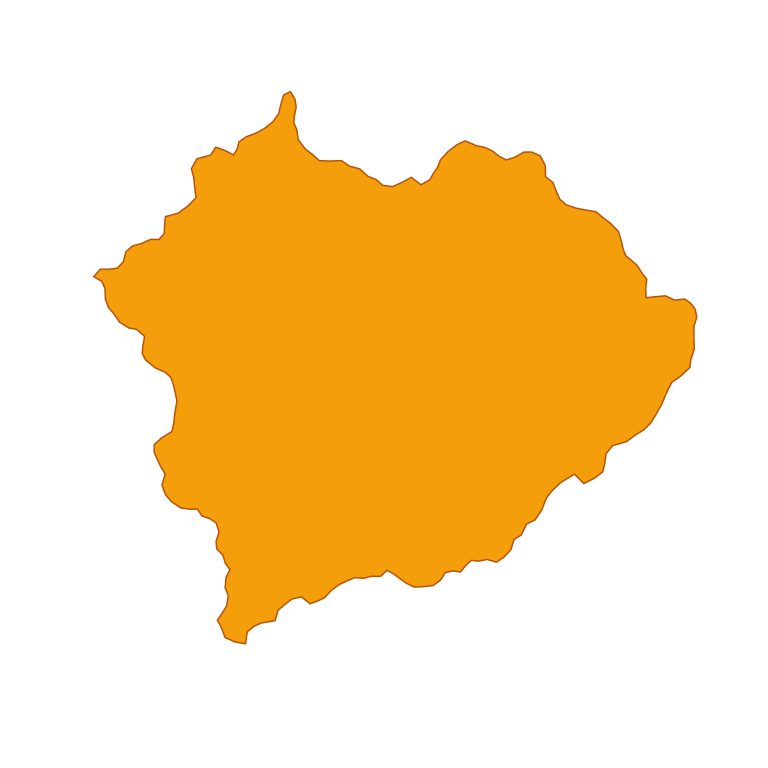 outline of Senhora do Porto, Minas Gerais, Brazil, rotated 278°
{"feature_id": "56859067B27680733127360", "entity_name": "Senhora do Porto", "entity_type": "district", "adm_level": 2, "iso_a3": "BRA", "parent_name": "Brazil", "parent_adm1": "Minas Gerais", "projection": "albers", "projection_center": [-43.08, -18.914], "detail": "fine", "context": "isolated", "style": "filled", "palette": "amber", "viewbox_px": 768, "rotation_deg": 278, "n_neighbors": 0, "source": "geoboundaries", "source_scale": "gbopen_adm2", "svg_char_len": 2769}
<svg xmlns="http://www.w3.org/2000/svg" viewBox="0 0 768 768"><g transform="rotate(278 384 384)"><path d="M402.9,661.9L412.6,664.5L419.5,666.5L425.8,668.9L433.1,676.7L443.0,684.6L450.9,684.4L461.6,686.4L473.3,684.4L484.1,682.9L493.8,684.4L501.3,681.8L506.5,676.7L510.0,670.0L507.5,660.0L510.5,650.6L508.6,642.4L506.0,631.6L514.2,629.9L524.4,629.6L530.0,623.7L536.6,618.3L541.1,611.3L544.8,605.4L551.0,602.0L558.7,599.1L567.6,594.9L574.6,585.9L579.8,576.7L584.1,570.0L584.3,561.1L584.8,550.1L586.9,539.2L591.6,532.2L600.4,526.8L606.7,523.6L611.8,515.1L622.9,513.3L631.7,506.9L634.2,498.0L633.1,490.2L626.6,481.7L622.9,473.8L625.5,466.4L630.0,458.6L632.4,450.8L632.8,442.3L636.1,430.6L631.4,423.3L623.2,415.1L613.8,408.7L606.0,406.9L599.7,403.7L592.7,401.0L586.5,392.9L592.4,382.3L585.6,373.0L580.6,364.8L580.6,355.1L585.4,347.7L587.5,339.0L593.6,330.1L595.0,319.2L599.3,311.0L597.2,299.0L596.2,288.8L601.2,281.4L606.1,272.9L614.1,265.0L623.5,262.4L630.3,258.2L637.7,258.0L646.1,258.5L653.6,256.2L660.5,250.6L656.2,244.4L646.2,242.9L637.0,242.1L628.2,237.4L619.7,229.3L614.6,222.2L609.7,213.2L603.5,206.6L596.5,206.0L589.9,203.1L593.2,193.8L595.1,184.4L586.6,180.5L581.0,167.4L570.4,163.3L561.9,166.9L553.8,168.8L542.3,171.9L533.2,165.3L524.3,156.0L519.4,144.3L510.9,144.6L502.6,145.5L495.8,141.1L494.8,132.9L489.2,124.0L485.6,115.5L478.9,110.0L468.7,108.8L461.6,103.8L459.5,96.3L458.2,87.1L449.9,81.6L446.5,90.1L439.8,94.4L429.2,96.3L421.1,100.7L416.2,106.5L408.5,113.5L404.0,123.4L403.7,131.4L397.8,140.3L388.2,139.9L380.7,140.3L374.6,144.6L368.0,155.5L365.1,165.7L360.9,171.9L354.3,175.4L347.3,178.1L338.4,181.3L324.9,180.9L316.4,181.3L307.5,180.6L299.7,171.2L292.0,164.9L284.2,166.0L278.3,169.7L271.4,174.2L264.4,179.8L252.9,178.2L244.2,182.9L237.8,189.9L233.0,200.0L233.0,209.0L234.1,216.7L227.9,222.2L226.5,230.1L223.1,237.1L214.3,241.3L205.0,239.6L197.4,241.3L192.1,248.3L184.4,251.8L178.8,257.3L170.4,254.5L160.2,255.0L152.7,259.3L142.1,259.0L133.9,255.3L127.0,251.8L120.7,256.5L110.8,262.0L107.8,272.5L107.5,283.0L119.6,283.1L126.2,289.2L130.3,295.8L134.4,309.0L145.4,310.7L152.3,316.9L158.3,322.8L161.7,331.8L156.1,341.5L160.1,348.9L164.3,355.0L171.9,360.2L179.0,367.4L183.6,374.4L188.2,382.0L188.8,390.8L191.8,398.2L193.0,407.2L200.0,413.1L197.3,419.8L193.4,427.1L189.7,434.1L187.1,442.3L188.9,451.7L191.4,460.9L197.5,467.1L205.9,471.1L208.5,478.5L208.4,485.8L215.1,489.9L221.5,494.9L221.7,502.3L224.6,510.5L223.2,520.1L229.1,526.8L237.5,532.7L248.3,534.5L253.5,540.9L265.3,544.7L270.4,552.5L280.8,557.6L293.5,560.6L301.3,565.0L311.3,573.0L321.2,585.2L313.2,595.8L320.5,606.1L327.5,612.8L335.6,613.7L345.6,613.5L354.8,619.0L360.7,632.2L368.3,639.8L374.9,647.8L382.8,653.7L391.5,657.5L402.9,661.9Z" fill="#f59e0b" stroke="#b45309" stroke-width="1.5"/></g></svg>